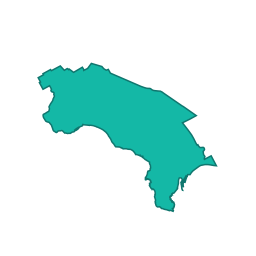 Hobsons Bay, Victoria, Australia, rotated 54°
{"feature_id": "25037944B90171787297249", "entity_name": "Hobsons Bay", "entity_type": "district", "adm_level": 2, "iso_a3": "AUS", "parent_name": "Australia", "parent_adm1": "Victoria", "projection": "mercator", "projection_center": [144.848, -37.857], "detail": "fine", "context": "isolated", "style": "filled", "palette": "teal", "viewbox_px": 256, "rotation_deg": 54, "n_neighbors": 0, "source": "geoboundaries", "source_scale": "gbopen_adm2", "svg_char_len": 5809}
<svg xmlns="http://www.w3.org/2000/svg" viewBox="0 0 256 256"><g transform="rotate(54 128 128)"><path d="M121.1,78.6L118.9,79.3L117.2,80.2L115.4,82.3L113.4,84.5L112.6,85.3L111.3,86.1L109.5,86.6L108.9,87.0L107.4,88.9L106.4,89.9L104.8,91.1L101.9,93.1L73.3,110.0L69.0,109.5L68.5,111.5L67.8,111.9L66.3,112.6L65.2,112.8L62.9,113.0L54.2,119.7L56.1,125.7L55.4,129.9L54.6,129.4L52.0,129.2L51.0,139.3L45.6,141.0L45.5,141.3L45.8,141.7L44.2,142.2L43.9,145.6L38.0,146.3L36.6,156.3L36.4,156.4L35.2,156.3L34.1,164.9L35.3,165.1L34.5,171.1L39.4,171.8L39.2,173.0L46.7,174.0L47.7,166.6L51.6,167.1L52.2,168.2L52.9,168.5L53.9,168.4L54.6,167.9L54.6,167.7L55.4,167.3L55.6,167.2L56.1,167.3L56.7,167.7L57.0,168.2L57.7,168.5L58.6,168.6L59.2,169.1L60.4,171.4L61.5,172.7L62.0,173.8L62.4,175.0L62.9,176.4L64.3,179.3L64.5,179.5L66.0,180.1L66.5,180.5L67.7,181.9L67.9,182.4L67.9,182.9L67.7,183.6L67.6,185.7L67.4,187.6L67.3,187.9L67.2,188.3L67.3,188.7L67.8,189.2L68.4,189.6L69.9,190.2L74.1,190.5L75.2,190.0L75.9,189.5L76.8,188.7L77.2,188.5L80.7,188.3L83.5,189.1L85.6,189.8L86.7,189.9L87.6,189.4L88.5,189.2L89.5,188.7L89.7,187.8L89.4,186.6L89.5,186.0L89.7,185.5L90.5,184.5L90.9,183.5L91.1,183.1L91.5,182.8L91.9,182.6L94.9,182.2L95.1,181.7L96.7,180.3L96.9,180.2L97.6,178.9L98.4,177.9L98.5,176.9L98.5,175.8L98.6,175.4L99.3,174.0L99.3,173.3L99.0,172.7L99.0,172.4L99.3,171.7L99.4,171.1L99.4,170.4L99.5,169.4L99.4,169.1L99.2,168.2L99.0,168.4L99.3,169.2L99.3,169.5L99.2,170.4L99.2,170.9L99.1,171.4L99.0,171.7L98.8,171.6L98.6,172.1L98.3,172.2L98.2,170.9L98.3,168.0L98.4,167.4L98.6,167.0L98.9,166.0L99.1,164.9L99.4,163.8L99.4,163.4L98.8,162.8L98.6,162.3L99.4,161.9L102.1,158.8L103.3,157.6L103.3,157.4L103.4,157.1L104.0,156.4L105.7,154.7L108.5,152.7L108.8,152.7L109.6,152.0L112.1,150.6L114.3,149.5L115.5,149.1L118.5,148.3L121.7,148.1L122.6,148.4L126.8,148.5L129.4,149.1L130.3,149.2L132.7,148.9L135.1,149.1L136.0,149.0L137.2,147.5L137.3,147.2L137.7,147.0L137.9,146.5L138.2,146.2L138.8,145.8L139.1,145.7L139.6,145.3L140.2,145.2L140.2,144.9L140.4,144.8L141.3,144.3L141.9,144.3L142.4,143.7L142.8,142.9L143.3,142.3L143.7,141.6L144.3,141.2L145.0,140.6L145.1,140.4L145.7,139.9L146.4,138.9L147.1,138.3L148.8,137.6L149.9,137.3L151.4,137.2L152.8,137.2L154.0,137.4L154.4,136.8L155.3,136.0L155.5,135.9L156.0,135.5L156.9,135.0L157.0,134.9L156.9,134.7L157.2,134.4L157.4,134.3L157.4,134.2L157.6,134.3L157.4,134.7L157.7,134.6L158.0,134.3L158.5,134.1L158.6,133.9L159.3,133.7L159.2,133.1L159.3,132.9L160.2,132.2L159.4,133.0L159.6,133.4L160.3,133.5L160.6,133.3L160.9,133.3L161.1,133.1L161.7,133.0L163.7,132.6L164.9,132.0L165.4,131.9L166.3,131.4L166.8,131.3L168.2,130.6L169.3,131.4L170.4,131.7L171.1,131.7L173.5,133.1L173.8,133.4L173.8,133.8L174.0,134.0L175.1,134.9L175.2,135.2L175.0,136.4L174.6,137.0L174.9,137.6L175.3,138.2L176.5,139.3L177.2,140.3L177.5,140.9L177.8,141.3L178.2,142.3L178.2,142.8L178.4,143.0L179.0,142.9L179.1,143.2L178.9,143.5L179.2,143.7L179.4,143.7L179.6,144.1L180.2,144.3L180.6,143.5L180.7,143.0L180.4,142.9L180.5,142.7L180.4,142.2L180.7,141.7L181.0,141.6L181.3,141.7L182.0,141.4L182.2,140.8L182.3,140.7L182.8,140.7L183.3,140.8L183.7,141.1L184.3,140.8L184.4,141.0L185.4,141.2L185.6,141.3L185.7,141.5L185.4,143.1L185.9,143.4L186.1,143.4L186.3,143.6L186.6,143.5L187.0,143.7L187.0,144.4L187.1,144.5L190.6,144.8L191.1,144.5L191.7,144.6L191.6,144.4L191.8,143.9L192.1,143.6L192.8,143.3L194.2,143.3L195.1,143.4L196.8,144.3L197.2,144.7L197.5,145.2L197.8,145.1L198.7,146.2L198.8,146.5L199.3,147.0L200.0,147.1L200.9,147.5L202.4,148.0L202.9,148.5L203.2,148.6L203.4,149.2L204.0,149.6L204.6,149.6L204.8,150.0L205.0,150.1L205.7,150.3L207.4,150.9L208.3,150.8L209.0,150.6L209.3,150.4L209.7,149.8L210.1,148.9L210.5,148.6L210.9,148.6L211.0,148.5L211.5,148.3L212.4,148.3L213.3,147.9L213.5,147.4L213.7,147.2L214.3,146.8L214.9,146.6L216.2,145.4L216.8,144.8L219.1,143.2L219.3,143.0L219.3,142.5L219.5,142.3L220.0,141.7L221.9,140.5L221.4,139.7L219.8,139.5L219.3,139.4L219.6,138.8L219.6,138.3L219.1,137.9L219.2,137.7L218.5,137.0L218.7,136.8L217.3,135.4L215.2,134.7L215.1,135.1L214.4,134.9L214.2,135.6L213.9,136.0L213.5,135.9L213.7,135.4L212.8,135.0L212.0,135.7L211.8,135.7L211.3,135.3L211.0,135.8L210.9,135.8L211.1,135.3L210.8,135.1L210.6,135.6L209.7,135.3L208.9,134.7L208.6,134.9L208.2,134.5L208.0,133.9L208.5,133.8L208.5,133.7L208.5,133.3L208.2,133.4L208.6,133.2L208.4,132.7L208.1,132.7L208.0,132.1L208.2,131.5L207.2,131.5L207.1,130.9L207.0,130.3L207.0,130.0L207.4,129.5L207.6,129.4L207.6,128.9L206.4,124.5L206.4,124.2L205.9,123.3L205.6,123.5L205.4,123.3L204.9,122.6L202.4,119.7L201.0,118.7L199.9,117.8L198.9,116.5L198.6,116.1L198.7,115.6L199.0,115.1L199.3,114.7L199.8,114.3L200.7,114.3L201.8,114.5L202.0,114.7L202.3,115.1L202.4,115.5L202.7,116.0L203.1,117.1L203.4,117.4L203.9,117.4L205.0,118.2L205.9,118.5L208.9,120.2L210.2,120.5L210.4,120.5L210.5,120.4L208.7,120.0L205.1,117.9L204.2,117.2L203.5,116.2L202.9,114.7L202.6,113.7L201.8,111.2L201.0,109.7L200.9,109.4L201.2,109.4L202.5,110.6L203.3,113.5L203.8,113.5L204.2,114.7L205.0,115.8L205.6,116.4L207.2,117.4L208.0,117.8L208.6,117.9L207.4,117.4L205.9,116.5L204.9,115.6L204.6,115.2L204.2,114.3L203.4,111.6L204.0,112.1L205.4,113.9L205.5,113.8L203.4,111.1L202.0,109.0L201.4,108.7L201.4,108.4L201.7,108.5L201.8,108.4L201.2,107.9L201.2,107.4L200.8,107.1L202.2,105.2L201.4,103.1L200.9,101.0L200.8,98.2L200.8,93.0L200.9,91.9L201.1,91.0L201.5,90.1L202.8,87.3L203.7,86.0L204.7,84.7L206.0,83.3L208.9,80.5L210.5,78.7L199.4,77.1L198.3,84.6L197.9,84.5L197.3,84.0L196.4,82.7L196.2,82.5L194.2,82.5L193.6,82.3L191.5,81.2L191.1,80.9L190.9,79.8L190.5,79.0L190.2,78.6L189.1,78.2L188.3,78.3L187.8,78.6L186.6,80.6L186.1,81.2L184.6,81.5L182.6,81.3L182.5,82.1L180.5,82.0L175.3,81.1L170.9,80.6L165.5,80.6L155.8,80.9L157.3,72.1L157.4,71.1L158.1,65.5L143.0,70.7L142.3,71.1L121.1,78.6Z" fill="#14b8a6" stroke="#0f766e" stroke-width="1.5"/></g></svg>